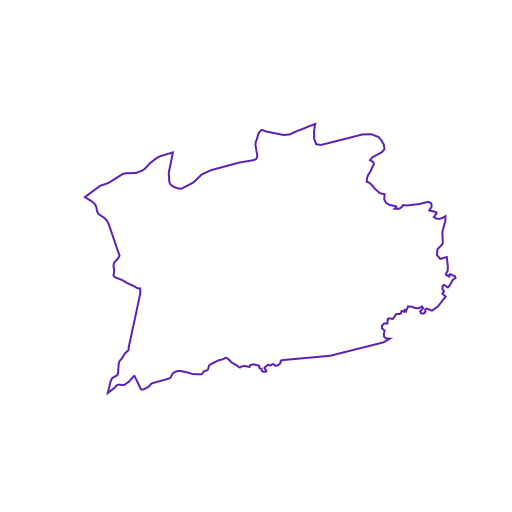 map outline of Alta Verapaz (Albers equal-area conic projection), rotated 157°
{"feature_id": "GTM-1948", "entity_name": "Alta Verapaz", "entity_type": "Department", "adm_level": 1, "iso_a3": "GTM", "parent_name": "Guatemala", "parent_adm1": "", "projection": "albers", "projection_center": [-90.124, 15.617], "detail": "fine", "context": "isolated", "style": "outline", "palette": "violet", "viewbox_px": 512, "rotation_deg": 157, "n_neighbors": 0, "source": "natural_earth", "source_scale": "10m", "svg_char_len": 4301}
<svg xmlns="http://www.w3.org/2000/svg" viewBox="0 0 512 512"><g transform="rotate(157 256 256)"><path d="M165.1,127.6L172.4,126.7L226.8,135.2L272.2,149.8L274.0,150.0L274.4,149.6L274.6,149.2L274.7,148.7L275.5,148.0L276.6,147.3L279.5,146.8L280.7,147.2L281.4,147.9L281.6,148.8L282.4,149.8L283.4,150.0L284.9,149.6L285.6,149.6L286.0,149.8L287.1,151.0L287.7,151.1L288.5,150.9L289.2,150.6L291.3,150.2L291.8,149.9L292.0,149.7L292.0,149.3L291.9,148.8L291.4,146.6L291.4,145.8L291.9,145.7L292.5,145.8L294.5,146.6L295.0,147.0L295.4,147.5L295.4,148.2L295.3,148.8L295.1,149.4L295.0,149.5L295.3,150.3L296.1,150.8L296.6,151.3L296.7,151.9L296.0,153.8L300.6,157.2L303.6,157.9L304.2,157.6L305.4,156.4L310.1,159.6L312.6,159.9L314.1,159.6L314.8,160.0L315.6,161.1L316.5,162.8L320.0,167.5L320.7,169.2L321.1,170.5L322.3,173.0L323.3,173.9L324.2,174.2L324.9,174.0L325.9,173.9L327.0,173.9L331.2,174.6L340.1,174.1L341.6,173.6L342.1,173.4L342.4,173.1L342.7,172.7L343.8,171.1L344.3,170.6L344.8,170.2L345.5,170.0L346.3,169.9L348.6,170.2L349.4,170.0L350.8,169.2L351.8,168.5L352.6,168.5L353.4,168.8L359.7,171.7L360.4,172.1L364.7,175.7L370.2,179.5L371.7,180.2L373.0,180.7L376.6,180.9L378.0,180.5L378.7,180.3L379.3,179.9L382.4,177.3L384.3,177.2L400.8,179.4L401.8,179.4L402.6,179.2L403.3,179.0L403.9,178.6L404.5,178.2L405.6,177.8L407.3,177.4L411.0,177.2L412.7,177.4L413.8,177.8L414.0,178.5L414.7,193.0L414.9,193.2L415.2,193.2L422.3,189.9L428.0,188.7L432.5,191.2L434.6,191.4L437.8,189.9L445.9,187.8L438.6,197.7L435.9,199.9L430.7,200.4L429.7,200.9L429.1,201.5L427.7,204.0L427.5,204.7L424.3,210.7L423.2,212.0L422.3,212.8L419.5,214.1L415.0,217.3L413.7,217.9L410.9,218.8L410.1,219.4L409.5,220.1L409.0,221.5L392.2,245.3L377.2,266.7L375.3,271.4L376.0,271.6L377.2,272.3L377.7,272.8L378.3,273.4L378.7,273.9L379.7,275.5L385.6,281.9L387.7,285.1L390.1,287.7L393.6,290.9L394.5,292.4L394.9,293.5L392.7,297.0L392.4,297.7L391.9,299.1L391.2,302.2L390.5,303.5L390.2,304.0L389.7,304.6L389.2,305.1L388.7,305.5L383.6,307.9L382.0,309.2L381.5,309.7L379.2,342.2L379.3,346.4L379.5,347.3L380.6,350.0L381.3,351.2L383.0,353.7L384.6,356.3L384.8,357.5L384.8,358.9L383.9,363.5L383.9,365.0L383.9,366.2L384.5,367.7L385.7,370.3L390.5,377.1L372.0,381.5L363.4,380.9L346.4,383.6L343.2,382.9L333.8,379.3L327.6,379.1L324.8,379.5L317.5,382.8L309.7,384.9L305.2,385.3L292.0,383.8L303.8,366.7L306.7,358.6L306.9,355.8L306.4,354.4L305.7,353.2L304.5,351.6L301.5,348.8L299.5,347.6L298.5,347.3L297.6,347.1L285.6,348.1L283.2,348.7L274.4,352.2L263.9,352.6L234.7,348.5L221.8,345.4L218.2,345.1L217.0,345.9L216.5,346.4L216.1,347.0L215.5,348.3L215.2,348.9L215.0,350.6L212.9,359.2L211.0,361.8L209.8,362.9L206.5,367.0L205.4,368.1L202.7,369.6L201.7,369.7L200.9,369.5L198.1,366.7L183.3,356.6L177.5,354.7L171.2,355.0L162.2,354.7L156.1,354.7L149.9,354.4L151.6,352.0L154.2,347.3L156.7,340.9L156.9,335.3L152.7,332.8L110.6,326.3L102.2,323.0L96.7,317.6L95.4,313.6L94.8,308.6L96.0,304.2L99.6,302.4L110.3,301.4L113.5,299.7L111.4,296.7L111.4,294.8L118.9,288.1L120.4,287.4L123.3,284.4L125.1,281.1L123.4,279.5L122.0,277.0L120.2,271.3L117.5,265.5L113.5,262.6L115.8,258.1L115.6,254.2L112.9,250.6L107.9,247.3L107.7,246.0L108.1,245.6L108.9,245.6L109.8,245.4L107.7,244.1L105.2,243.6L102.8,244.1L100.6,245.4L97.4,243.6L86.0,240.2L76.1,238.5L74.1,235.9L75.1,232.7L78.7,230.2L77.2,229.2L73.2,226.2L73.2,224.4L74.6,224.0L75.8,223.0L77.1,222.4L75.3,219.9L72.8,218.5L69.6,218.2L66.1,218.6L67.8,214.6L75.1,205.3L78.7,195.6L79.8,194.0L86.3,191.4L89.1,186.0L87.5,181.3L80.8,180.5L83.5,171.3L85.5,167.3L88.2,165.4L88.2,163.5L86.8,163.3L86.6,163.0L86.7,162.5L86.2,161.6L84.4,163.5L82.0,160.8L80.9,159.9L80.9,157.8L84.5,157.0L88.7,153.5L91.7,152.1L92.4,153.0L93.2,154.9L94.5,156.0L96.3,154.9L97.3,152.6L96.8,151.1L96.8,149.9L99.2,148.4L97.2,144.6L108.5,138.4L115.4,136.9L119.2,140.8L121.0,140.8L121.9,138.6L123.1,137.6L124.7,137.7L126.5,138.8L126.5,140.9L125.3,141.4L124.0,142.2L122.7,142.6L122.7,144.6L127.2,144.4L129.9,146.0L132.2,148.3L135.8,150.2L136.5,149.3L138.3,147.8L139.4,146.6L139.9,148.3L140.1,148.4L140.5,147.5L141.1,146.6L143.0,148.4L143.8,148.3L144.9,146.6L146.7,146.6L149.5,147.8L154.6,144.6L157.8,146.6L159.4,146.6L159.8,145.2L160.8,144.0L161.3,142.6L164.5,143.8L167.2,142.7L168.3,140.1L166.7,137.1L169.0,134.0L169.6,131.4L168.2,129.2L165.1,127.6Z" fill="none" stroke="#5b21b6" stroke-width="2"/></g></svg>